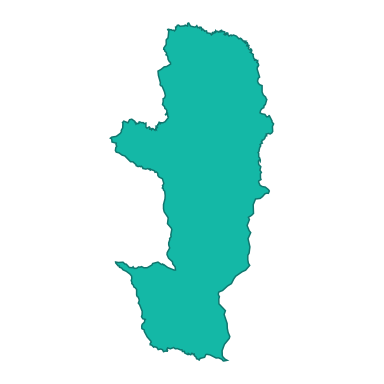 Sotará (Paispamba), Cauca, Colombia
{"feature_id": "7082276B86170920101397", "entity_name": "Sotará (Paispamba)", "entity_type": "district", "adm_level": 2, "iso_a3": "COL", "parent_name": "Colombia", "parent_adm1": "Cauca", "projection": "mercator", "projection_center": [-76.619, 2.224], "detail": "fine", "context": "isolated", "style": "filled", "palette": "teal", "viewbox_px": 384, "rotation_deg": 0, "n_neighbors": 0, "source": "geoboundaries", "source_scale": "gbopen_adm2", "svg_char_len": 5976}
<svg xmlns="http://www.w3.org/2000/svg" viewBox="0 0 384 384"><path d="M249.7,265.4L248.4,263.3L247.8,259.8L247.8,255.3L249.1,253.1L249.9,246.9L248.0,238.7L250.7,232.6L249.2,230.7L247.1,225.5L249.4,219.6L248.4,217.3L251.6,215.3L253.5,213.4L253.2,204.7L255.5,199.0L260.2,198.4L262.5,196.6L264.8,193.9L266.6,193.2L268.4,193.3L269.3,191.0L268.5,189.7L265.3,187.1L262.0,186.5L260.0,185.2L258.6,182.0L258.8,180.9L261.0,179.5L260.5,178.2L260.4,173.7L261.4,172.4L259.9,170.2L260.8,166.7L258.7,164.5L258.4,161.1L259.4,159.8L260.2,161.1L260.3,160.1L259.5,157.6L258.7,156.9L258.7,153.5L258.1,152.5L258.9,151.5L259.6,147.7L260.7,145.9L260.1,144.4L262.3,143.1L261.4,141.8L262.1,141.1L262.2,140.1L263.5,139.8L264.7,138.5L265.5,136.1L266.7,135.8L266.2,134.1L268.7,133.4L270.1,134.0L271.8,132.9L272.7,131.4L272.4,126.5L273.6,123.9L272.0,122.0L272.0,120.9L269.4,115.8L269.1,115.6L268.1,116.7L266.6,116.8L264.9,114.4L261.8,113.8L260.0,112.8L260.6,110.3L262.2,108.4L263.8,107.7L264.1,105.5L265.3,104.6L266.8,99.4L266.0,98.6L265.7,97.2L263.3,95.0L262.1,92.0L262.1,85.6L259.9,84.8L258.4,83.4L257.5,81.1L258.3,78.2L259.6,77.1L257.1,68.9L257.5,66.6L257.9,66.7L258.7,65.2L258.0,63.1L256.9,62.5L257.8,61.1L257.7,60.6L257.1,61.0L255.9,59.7L255.1,60.4L254.6,60.3L254.6,59.1L253.8,58.5L253.1,55.6L253.3,54.5L250.4,52.3L251.3,52.0L251.3,50.8L251.8,50.7L251.4,49.3L250.8,49.0L250.7,50.0L249.5,49.7L248.4,48.4L248.9,47.6L248.5,47.0L248.8,46.0L248.2,46.3L246.7,45.8L246.9,45.1L248.1,45.1L247.2,42.6L246.5,42.4L245.6,43.2L244.4,42.1L245.6,41.2L242.9,40.9L242.6,40.1L241.4,39.5L241.5,38.9L240.4,38.2L238.9,38.8L236.5,36.2L233.5,35.0L231.6,35.7L231.3,35.1L230.5,35.1L229.0,36.0L227.7,34.3L227.9,33.3L226.9,32.8L226.1,33.4L226.5,34.4L225.1,35.0L224.1,34.2L224.9,33.7L224.7,31.9L222.6,31.3L222.1,31.6L221.7,30.6L221.0,31.4L220.8,30.6L219.9,31.1L220.3,32.1L219.9,31.7L218.6,32.1L217.8,31.3L216.8,31.7L215.7,30.6L215.4,32.4L214.6,32.0L214.6,32.7L213.3,33.4L212.9,32.4L212.5,32.5L212.1,33.1L212.7,33.8L211.4,34.9L210.3,33.4L207.0,32.9L206.5,30.9L204.6,31.2L204.5,30.5L203.4,30.0L202.8,29.1L201.8,29.9L201.3,27.4L200.1,27.1L199.7,28.1L199.0,27.4L197.8,27.7L196.8,25.7L195.9,26.7L194.5,27.1L190.5,26.1L188.7,23.0L187.7,23.4L187.5,26.0L185.2,25.1L184.8,25.8L180.1,26.3L178.6,25.1L177.3,25.3L176.4,27.1L175.6,27.1L175.8,29.4L174.5,30.9L173.8,30.2L172.2,30.3L171.0,29.6L169.6,29.9L168.9,29.2L167.7,29.5L167.8,29.9L168.8,30.2L168.1,37.7L166.2,39.9L166.2,44.5L163.8,48.0L163.7,49.4L164.6,49.7L164.8,51.1L166.3,52.4L166.6,53.7L166.0,54.8L167.0,55.2L167.8,56.7L168.1,59.4L169.4,61.8L170.4,62.3L170.6,64.1L166.7,66.5L164.1,66.9L161.1,69.4L158.0,71.1L158.4,75.4L160.4,82.6L160.1,84.8L160.8,85.7L162.1,86.2L164.5,91.9L165.4,95.8L164.5,98.0L163.1,98.7L163.2,101.7L162.5,104.6L164.5,106.6L164.9,108.5L166.0,109.1L166.9,110.6L166.7,112.9L165.5,114.6L165.8,114.9L167.5,113.5L167.8,116.3L168.4,116.8L168.1,117.9L165.0,121.8L162.8,122.8L160.9,122.7L160.5,123.5L159.6,122.3L159.0,122.3L158.6,124.2L157.8,124.4L157.6,125.7L156.0,126.2L157.2,127.6L155.8,128.0L156.2,129.6L155.5,129.1L155.0,130.3L152.9,128.6L152.6,129.0L151.9,128.7L151.5,129.7L150.9,128.9L149.7,129.1L149.9,127.6L149.2,126.9L147.0,128.2L145.9,127.0L145.9,123.1L144.2,123.7L143.2,122.6L141.6,122.7L139.7,121.9L138.9,122.2L139.0,123.2L137.9,123.7L137.0,123.3L136.1,124.0L136.0,122.9L135.1,122.6L135.0,121.5L131.8,119.2L129.6,119.7L127.9,122.8L123.8,121.1L122.5,122.6L122.9,123.1L122.7,127.9L121.3,130.3L121.4,131.7L120.3,133.4L116.2,136.4L111.8,137.1L110.4,138.2L111.7,139.0L112.0,142.0L116.3,143.2L116.0,144.4L116.7,146.3L115.8,147.6L115.4,150.5L116.2,152.1L119.1,152.9L122.1,155.1L124.8,155.9L130.5,161.7L132.9,161.8L136.0,164.6L136.1,165.6L138.1,166.6L139.4,166.2L140.4,166.7L141.2,166.2L142.7,167.5L142.9,168.5L145.8,169.1L147.9,168.5L149.2,169.4L149.8,168.8L150.3,169.0L150.4,170.1L151.4,169.6L154.6,170.9L155.0,172.3L156.5,172.0L157.7,173.3L157.9,175.6L159.1,177.1L162.4,178.7L163.8,183.4L163.2,184.9L162.5,185.4L163.0,186.7L162.3,188.0L163.3,188.6L163.4,189.8L164.7,191.3L165.2,195.5L165.0,198.8L163.5,204.6L163.5,208.8L164.2,211.8L168.2,217.8L167.5,223.7L171.2,228.0L171.8,229.5L170.8,234.9L171.1,236.7L169.6,238.6L169.8,239.7L168.7,242.8L168.7,244.9L169.7,248.0L167.2,252.6L167.0,254.6L168.6,258.2L172.4,261.7L172.8,264.0L175.1,266.8L175.5,270.0L174.2,270.1L167.7,267.5L163.8,264.6L163.4,264.9L162.5,264.0L161.4,264.5L158.0,262.1L152.7,263.5L151.8,265.1L147.2,267.7L143.9,267.8L141.5,266.6L140.0,267.2L138.6,266.9L136.6,268.3L134.2,268.4L133.1,266.8L132.3,267.7L129.3,267.5L126.3,264.2L124.8,263.9L123.0,262.2L118.3,262.5L115.6,262.0L115.7,262.9L118.2,265.9L119.4,266.1L119.5,267.3L121.6,268.0L123.0,269.8L126.3,271.3L129.9,274.0L131.6,276.1L131.8,278.7L131.2,280.4L132.0,282.7L131.8,283.6L133.1,284.8L134.0,287.1L135.3,287.8L136.6,289.5L136.6,295.0L137.2,296.5L138.2,297.1L139.1,299.5L139.2,300.9L138.3,303.1L139.6,304.7L142.2,311.3L142.1,314.7L141.5,316.7L142.8,318.8L145.3,319.4L144.7,320.2L144.4,322.2L142.2,324.3L141.7,326.1L141.9,328.6L144.3,330.0L144.3,331.4L147.2,336.9L150.9,341.2L151.2,342.2L150.2,343.5L150.2,344.8L151.5,345.0L153.7,347.2L154.7,346.7L156.9,347.5L158.2,349.6L160.6,349.0L162.5,349.7L163.5,351.7L165.4,351.1L167.3,351.2L167.6,350.2L166.8,349.6L167.6,347.9L170.3,348.8L173.6,347.5L175.3,348.8L177.5,348.6L180.5,349.9L181.9,349.8L182.4,351.5L184.4,351.4L184.6,352.9L187.9,354.6L188.4,354.5L188.4,353.5L190.3,354.7L190.9,354.7L191.8,353.3L192.7,353.6L193.2,354.6L194.2,354.1L194.5,355.8L196.0,357.0L196.6,358.8L197.2,358.7L199.2,360.0L200.1,358.4L204.6,357.3L205.8,354.6L206.8,354.3L210.1,354.9L216.1,358.0L218.5,357.8L222.0,359.4L222.8,360.6L223.7,361.0L227.2,360.3L225.1,359.2L222.9,356.9L222.3,355.6L222.1,350.7L224.4,344.4L229.2,338.5L229.8,336.5L228.1,332.4L227.3,328.4L227.1,323.4L224.1,314.5L225.4,310.7L218.9,303.8L218.8,299.0L219.4,296.7L218.4,294.9L218.4,293.1L219.0,291.9L222.6,290.5L227.5,286.0L231.4,283.6L233.9,278.7L235.7,276.2L242.2,271.7L245.6,270.2L249.7,265.4Z" fill="#14b8a6" stroke="#0f766e" stroke-width="1.5"/></svg>